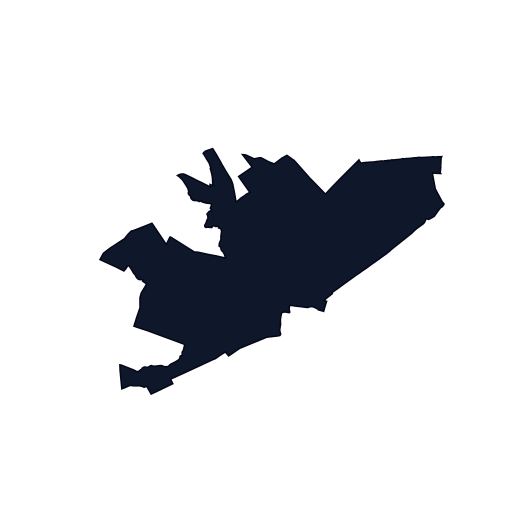 Niculesti, Dâmbovita, Romania, rotated 213°
{"feature_id": "2599482B73950488688703", "entity_name": "Niculesti", "entity_type": "district", "adm_level": 2, "iso_a3": "ROU", "parent_name": "Romania", "parent_adm1": "Dâmbovita", "projection": "equal_earth", "projection_center": [25.943, 44.679], "detail": "fine", "context": "isolated", "style": "filled", "palette": "ink", "viewbox_px": 512, "rotation_deg": 213, "n_neighbors": 0, "source": "geoboundaries", "source_scale": "gbopen_adm2", "svg_char_len": 6105}
<svg xmlns="http://www.w3.org/2000/svg" viewBox="0 0 512 512"><g transform="rotate(213 256 256)"><path d="M131.1,380.7L130.4,382.0L129.8,382.9L128.1,386.4L127.8,393.6L127.5,397.0L126.7,398.6L126.5,400.0L126.5,401.6L126.7,402.1L129.6,403.0L135.6,406.3L138.6,407.9L142.1,409.9L142.9,410.7L152.4,420.7L153.2,421.6L146.1,425.7L146.4,425.8L146.7,426.1L148.1,428.6L148.3,429.1L148.9,430.2L149.3,431.0L150.3,432.3L150.8,433.3L151.1,433.9L154.0,438.8L154.4,440.5L154.6,440.3L155.3,439.8L157.1,438.6L157.7,438.3L158.4,437.5L159.8,436.6L162.0,435.4L163.4,434.1L164.9,433.1L166.9,431.6L168.5,430.4L170.7,428.9L171.3,428.5L172.4,427.9L173.6,427.1L173.8,426.7L174.1,426.5L175.0,425.9L177.4,424.0L178.4,423.2L178.7,422.9L182.1,420.2L182.4,420.0L182.9,419.8L183.0,419.8L183.3,419.4L183.6,419.0L184.2,418.6L184.8,418.2L185.1,418.1L185.7,417.7L186.3,417.4L186.5,417.0L186.7,416.6L187.1,416.2L187.7,415.7L189.2,414.5L190.3,413.7L190.8,413.2L191.3,412.9L191.7,412.6L192.0,412.2L192.6,411.8L193.0,411.5L193.7,411.1L194.7,410.4L195.0,410.1L195.5,409.5L195.7,409.2L196.0,409.0L196.4,408.7L197.2,408.3L199.1,406.5L199.7,406.2L200.3,405.6L200.6,405.2L201.0,404.9L202.7,404.0L203.0,403.6L203.4,403.3L203.8,403.0L204.2,402.7L205.7,401.4L206.2,401.1L208.1,399.3L209.6,398.2L210.7,397.4L212.3,396.3L212.8,395.8L213.2,395.3L213.5,395.2L213.8,395.1L214.3,394.8L214.9,394.2L216.0,393.4L217.5,392.1L217.9,391.7L218.4,391.2L218.9,391.1L219.6,391.3L220.1,391.7L220.7,392.0L221.3,392.2L222.0,392.7L227.4,367.4L229.9,354.7L231.5,345.6L232.0,345.8L235.7,346.7L251.2,350.2L253.5,350.6L253.9,350.8L273.2,356.2L276.3,357.0L276.5,357.0L276.5,356.9L284.9,357.3L287.6,352.2L290.8,343.3L294.9,342.3L297.1,341.9L303.2,341.4L305.3,341.1L306.7,340.2L310.5,336.5L319.7,335.2L322.6,333.7L307.6,328.4L310.6,321.0L313.9,313.2L295.8,306.0L297.7,302.7L298.2,301.1L300.2,296.4L301.1,293.2L301.6,291.9L301.8,291.2L302.2,290.5L308.0,296.8L314.7,303.7L318.3,306.4L327.0,310.5L333.2,313.6L333.7,313.8L336.7,315.5L341.2,317.8L343.6,319.1L350.8,322.5L354.2,318.2L355.6,316.3L355.8,315.4L356.1,314.7L356.2,313.2L354.9,312.8L350.0,310.3L346.0,308.5L343.3,306.4L341.6,304.8L341.9,304.4L339.0,301.8L337.4,300.3L335.8,298.6L334.6,297.1L330.6,291.5L333.5,291.0L332.1,289.0L341.9,287.9L346.3,287.3L352.3,286.7L358.5,285.9L359.9,285.7L361.4,285.3L361.4,285.2L361.9,285.0L363.0,284.3L364.5,282.8L365.1,281.9L365.7,280.7L363.6,280.7L361.8,280.3L359.1,279.8L356.5,278.7L351.3,276.3L349.4,275.2L347.5,273.3L347.1,271.9L346.4,271.2L345.3,270.8L343.3,270.4L341.9,268.9L339.5,268.4L337.7,269.0L336.4,269.9L334.7,270.6L333.5,270.6L333.1,271.0L332.7,271.3L332.5,271.6L332.4,272.3L332.0,272.6L331.5,272.6L331.2,272.3L330.7,271.9L330.3,272.2L328.9,272.5L327.3,273.0L325.8,273.6L323.8,274.7L322.3,275.2L321.3,275.1L320.9,273.9L320.8,272.9L320.4,272.4L320.3,272.1L320.4,271.8L320.5,271.4L320.2,271.0L318.9,270.7L318.5,270.5L318.3,270.0L318.7,269.1L319.7,267.6L319.7,266.3L320.1,265.0L320.0,264.5L319.3,264.0L318.4,263.3L317.4,262.4L317.0,261.7L316.8,260.8L316.6,259.1L316.2,257.6L315.9,256.4L315.8,255.4L315.8,254.3L315.4,253.2L314.6,252.7L313.8,252.6L313.3,252.8L312.4,253.8L309.9,255.0L308.7,255.7L308.5,256.1L308.5,256.6L308.9,257.3L308.9,257.5L307.7,258.3L306.7,258.7L305.7,258.8L305.1,259.4L304.6,260.1L304.2,260.4L303.6,260.2L302.7,259.1L301.4,259.5L300.5,259.5L299.6,259.2L298.4,258.0L297.0,255.1L296.0,253.0L295.0,251.8L294.3,250.4L293.8,247.1L293.3,246.0L292.4,244.2L291.7,244.1L290.6,244.4L289.8,243.6L289.2,242.8L288.6,242.2L287.4,241.8L285.4,241.3L284.8,240.9L284.0,240.6L282.5,239.4L281.3,238.5L280.7,238.1L280.6,237.8L283.2,236.7L289.8,234.3L295.7,231.8L306.8,227.6L309.9,225.8L338.0,225.4L338.5,225.0L337.7,217.9L337.6,216.8L340.8,218.2L359.1,226.0L361.1,226.8L366.9,218.6L373.6,209.3L373.9,209.4L374.3,208.7L375.1,204.9L375.6,200.3L375.7,198.4L376.0,198.3L382.8,182.8L385.5,175.2L384.9,168.0L367.2,170.6L358.6,171.5L358.2,175.1L358.3,176.8L358.2,177.8L357.3,178.5L356.0,178.1L354.7,177.6L352.1,176.4L349.3,174.9L347.5,174.6L345.6,173.5L344.5,172.9L342.8,172.5L341.5,172.5L340.4,173.0L339.1,173.9L337.4,174.1L337.4,173.4L337.4,173.2L336.8,173.1L335.5,173.1L333.5,173.0L332.5,173.0L332.4,172.2L332.5,171.3L332.3,169.6L332.2,165.4L332.1,162.5L330.6,157.8L325.9,150.6L325.2,149.8L322.4,138.5L321.7,136.3L320.2,130.8L320.1,130.6L305.4,134.5L267.7,143.0L266.7,140.5L265.7,137.6L265.5,136.6L265.6,135.2L263.8,132.5L265.1,130.6L264.3,129.0L264.1,128.1L264.6,126.2L265.5,124.3L266.7,122.0L268.6,118.9L269.0,117.8L269.3,116.0L269.8,115.1L271.0,114.4L272.1,113.5L273.3,113.1L275.3,112.8L277.0,111.7L278.9,110.0L281.0,108.4L282.8,107.4L284.2,107.1L285.0,106.0L285.6,104.5L286.5,103.5L287.1,102.9L288.6,102.6L289.6,101.6L290.3,100.1L290.3,98.5L290.9,97.6L291.3,95.7L292.0,95.0L293.3,94.1L296.2,93.9L309.8,91.1L310.9,90.6L307.6,85.9L296.2,71.5L294.8,73.4L291.2,78.8L287.0,81.0L283.2,83.6L279.9,84.8L278.4,84.9L276.7,87.2L268.7,83.1L256.2,103.6L260.4,106.1L260.4,106.5L251.4,120.6L242.6,134.6L236.2,144.9L234.1,147.9L232.2,152.7L229.5,158.8L224.5,157.3L219.3,169.8L202.8,193.7L194.2,200.8L192.7,202.3L192.6,202.9L192.6,203.5L192.8,204.0L194.2,205.2L195.2,206.1L196.0,207.3L197.3,210.0L197.9,211.7L200.8,215.8L202.3,219.1L203.3,221.7L203.2,223.1L201.1,224.9L197.3,226.5L197.1,227.4L199.4,229.5L200.0,231.2L200.7,231.9L200.6,233.2L199.9,233.5L193.9,236.3L191.1,237.8L190.3,238.2L189.9,238.4L188.9,238.8L187.7,239.4L187.2,239.7L185.9,240.2L185.7,240.4L185.3,240.6L184.7,240.9L184.3,241.2L184.3,241.5L184.3,241.8L183.8,242.0L182.6,243.2L182.3,243.5L181.6,243.9L180.8,244.3L179.8,244.6L177.7,244.9L176.0,245.1L175.0,245.0L174.3,244.8L173.8,244.9L173.2,245.2L171.3,245.7L170.7,246.0L169.1,246.4L170.3,250.2L172.1,256.5L174.9,255.7L174.4,257.3L171.5,266.0L172.4,266.4L169.3,274.3L165.9,283.3L163.0,290.7L161.3,295.1L159.9,298.3L158.7,301.5L157.1,305.2L154.3,312.6L151.5,319.6L151.2,320.2L150.4,322.5L149.5,324.8L147.9,328.8L146.9,331.9L146.7,332.4L146.1,334.8L145.4,337.1L142.5,345.7L139.6,354.5L137.8,359.9L137.2,362.7L136.6,365.0L136.1,366.6L133.2,374.2L133.0,375.7L133.2,377.6L133.5,379.2L133.6,379.9L133.4,380.1L131.1,380.7Z" fill="#0f172a" stroke="#020617" stroke-width="1.5"/></g></svg>